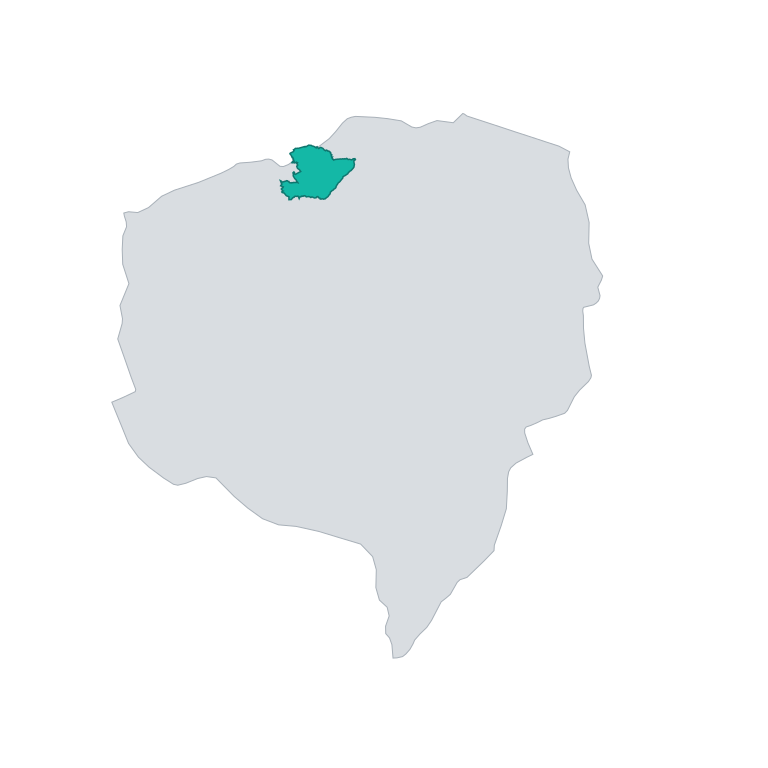 Mutare, Manicaland, Zimbabwe shown in context, rotated 248°
{"feature_id": "62879985B35185654442710", "entity_name": "Mutare", "entity_type": "district", "adm_level": 2, "iso_a3": "ZWE", "parent_name": "Zimbabwe", "parent_adm1": "Manicaland", "projection": "robinson", "projection_center": [32.311, -19.249], "detail": "fine", "context": "in_parent", "style": "filled", "palette": "teal", "viewbox_px": 768, "rotation_deg": 248, "n_neighbors": 0, "source": "geoboundaries", "source_scale": "gbopen_adm2", "svg_char_len": 7697}
<svg xmlns="http://www.w3.org/2000/svg" viewBox="0 0 768 768"><g transform="rotate(248 384 384)"><path d="M529.7,643.2L523.6,638.8L515.4,636.0L505.0,634.7L491.5,635.2L474.8,637.6L456.9,634.7L437.8,626.5L421.9,623.6L403.0,627.1L402.2,627.2L398.9,624.5L393.7,618.5L385.0,617.4L382.7,616.0L380.7,613.8L379.5,610.9L378.9,607.8L380.3,597.9L379.5,596.8L377.2,595.6L372.5,594.4L361.1,589.9L346.7,585.6L323.5,580.9L314.4,579.6L312.3,578.2L309.7,574.5L305.1,563.2L300.9,555.7L290.8,544.2L289.2,540.6L289.6,531.4L290.3,524.0L291.3,517.7L290.8,511.9L290.6,504.6L290.9,499.7L289.5,497.5L285.9,496.1L275.5,495.4L263.0,495.7L262.5,488.3L261.2,476.8L258.8,470.1L255.9,466.7L250.2,463.1L238.5,458.2L222.5,450.7L208.9,439.7L193.2,425.9L188.3,423.6L182.5,410.6L173.6,388.5L174.1,381.2L172.7,377.6L164.1,366.7L162.2,361.1L160.6,355.4L147.0,339.5L142.3,332.5L138.7,323.6L135.1,316.5L132.2,313.6L128.3,308.7L125.5,303.2L124.3,299.1L125.2,293.5L126.5,289.7L139.4,293.7L146.5,294.0L151.9,292.1L158.8,294.7L167.0,301.9L175.8,303.3L185.4,298.8L198.3,300.2L214.7,307.3L228.2,308.8L244.3,302.4L258.5,284.7L271.9,268.1L285.0,249.0L292.9,233.5L304.6,220.9L320.0,211.2L335.8,203.0L359.9,193.0L364.7,184.7L366.2,175.7L366.2,163.1L367.4,154.9L369.9,151.2L373.9,148.4L379.1,144.6L394.9,135.0L408.2,128.9L424.5,124.9L442.2,124.9L459.4,124.8L469.1,124.8L469.3,136.9L470.1,150.5L472.0,151.8L484.9,152.1L505.5,153.1L525.5,154.0L538.2,163.9L542.5,166.0L555.7,168.6L572.6,185.1L592.9,186.6L606.9,191.7L619.2,197.4L626.2,204.2L630.8,205.7L637.0,206.2L640.0,206.8L639.4,211.7L635.2,219.9L635.8,231.8L641.4,248.2L642.2,262.4L640.4,287.6L640.5,311.9L641.1,320.6L642.0,326.4L643.2,329.5L642.9,333.2L639.6,343.4L636.8,354.1L636.7,358.4L635.7,361.4L633.7,364.1L624.8,369.1L623.3,372.2L623.3,377.7L624.5,382.4L627.8,384.1L631.8,386.8L633.3,390.3L633.3,394.0L632.1,400.8L628.5,412.1L632.0,425.1L636.0,433.5L641.5,443.3L643.7,449.3L643.6,453.6L642.8,457.8L634.6,475.6L628.7,486.7L621.5,498.6L611.9,506.0L609.5,509.6L608.5,513.7L608.8,522.5L608.4,531.8L600.3,546.1L605.3,558.4L604.2,559.6L601.4,561.3L589.7,575.2L577.9,589.2L569.2,599.4L559.4,611.1L548.4,624.1L539.0,635.3L529.7,643.2Z" fill="#d9dde1" stroke="#a8b0b8" stroke-width="1"/><path d="M602.7,441.5L603.4,441.3L603.6,441.3L603.8,441.4L604.2,440.4L604.2,440.0L604.4,439.7L604.2,439.4L604.0,439.2L603.9,438.9L604.0,438.7L604.0,438.2L604.0,437.8L604.4,437.4L605.0,436.5L605.4,436.0L605.5,435.0L605.6,434.8L605.8,434.7L607.0,434.1L607.2,433.9L607.2,433.4L607.0,433.1L607.1,432.9L607.2,432.4L607.4,432.0L607.6,431.8L607.7,431.7L607.6,431.3L607.7,431.0L607.8,430.8L608.2,430.3L608.3,430.1L608.4,428.9L608.5,428.7L608.9,428.3L609.0,427.6L609.3,426.9L609.5,425.9L609.6,425.7L609.8,425.5L609.9,424.6L610.0,424.5L610.4,423.2L610.5,421.6L611.0,421.2L610.9,421.1L611.3,421.0L611.6,421.0L611.8,420.9L611.8,420.6L612.1,420.6L612.5,420.5L613.3,420.4L613.4,420.6L613.5,420.7L613.4,420.9L613.5,421.0L613.7,420.9L613.8,421.1L613.9,420.9L614.1,420.8L614.1,420.6L614.3,420.5L614.5,420.6L615.1,420.6L615.4,420.6L615.5,420.8L615.8,420.9L615.8,421.0L615.9,421.3L616.0,421.2L616.8,421.2L617.3,420.8L617.7,420.8L618.2,420.9L618.5,421.1L618.6,420.9L619.4,420.9L619.6,420.7L620.1,420.5L620.3,420.2L620.6,420.1L620.6,419.9L620.7,419.7L620.8,419.6L620.9,419.2L621.1,419.1L621.3,419.1L621.5,419.1L622.1,418.6L622.1,418.4L622.3,418.3L622.2,418.1L622.2,417.9L622.3,417.8L622.2,417.4L622.3,417.4L622.5,417.3L622.6,417.2L622.6,416.8L622.7,416.7L623.2,416.3L625.2,415.7L626.7,414.4L626.9,414.1L627.1,413.9L627.1,413.7L627.1,413.2L627.0,412.9L627.0,412.3L627.0,412.1L626.8,412.0L626.8,411.6L628.5,410.9L629.0,410.8L628.7,409.8L628.4,409.5L629.0,409.3L629.4,408.8L630.7,407.9L631.5,406.6L632.4,406.1L633.7,403.6L633.2,400.9L633.6,400.4L633.4,399.5L633.9,399.3L634.6,392.8L635.0,392.1L635.2,391.1L635.7,390.1L635.1,388.8L635.1,387.8L634.6,387.8L634.2,388.1L633.4,387.0L633.2,384.1L633.1,383.4L632.7,383.0L630.4,383.7L629.9,383.6L628.4,383.7L628.4,384.2L626.7,384.3L626.6,384.1L624.5,384.1L624.3,382.3L623.7,381.5L623.2,382.4L623.3,384.0L623.2,384.0L622.6,383.7L622.5,383.8L622.4,385.3L622.5,385.6L622.6,385.8L621.6,386.7L621.2,385.8L620.8,386.1L620.0,386.1L619.6,386.0L619.5,385.8L619.6,385.6L619.1,385.3L618.9,385.5L618.4,384.6L616.3,384.6L614.3,385.9L612.2,386.4L611.9,383.1L611.5,380.2L611.9,379.9L612.2,379.8L612.5,379.9L613.4,380.2L613.7,380.2L614.2,380.0L614.4,379.9L613.9,378.7L612.1,378.4L611.3,377.9L610.3,377.8L610.1,377.9L607.8,378.2L606.6,378.9L604.6,379.1L603.1,379.6L602.9,379.6L603.1,379.4L603.4,379.2L603.5,379.0L603.6,378.4L604.0,378.0L603.9,377.5L604.3,376.9L604.5,375.8L604.6,375.7L604.8,375.6L604.8,374.7L605.0,374.3L605.2,374.1L605.1,373.6L605.3,373.3L605.5,372.9L605.7,372.3L606.1,371.9L606.8,371.6L607.1,371.7L607.3,371.7L607.3,371.4L607.8,371.1L608.0,370.8L608.4,370.7L608.6,370.6L608.7,370.2L608.8,370.1L609.0,369.9L609.0,369.5L609.0,369.3L608.8,368.8L609.1,368.1L609.0,367.6L609.1,367.1L609.2,366.9L609.1,366.5L609.2,365.5L611.0,364.5L611.4,364.1L609.9,364.1L607.8,364.0L607.6,364.2L606.9,363.0L606.9,362.9L606.5,362.4L604.6,364.4L604.3,363.9L604.1,363.9L604.2,363.6L603.9,363.6L603.7,363.2L603.7,362.8L603.5,362.6L603.4,362.2L603.1,362.1L603.1,361.9L602.4,362.2L601.3,362.2L600.7,362.8L600.4,361.2L599.7,361.3L598.4,363.0L595.3,363.9L594.8,364.3L593.3,366.0L590.5,364.9L589.7,367.2L589.8,367.4L590.2,367.8L590.2,368.0L590.3,368.2L590.6,368.7L590.9,369.1L590.8,369.8L590.8,370.0L590.9,370.3L591.1,370.6L591.0,370.8L591.3,370.9L591.4,371.1L591.4,371.4L591.3,371.6L591.4,371.8L591.4,372.0L591.2,372.4L591.0,372.7L590.8,373.1L590.6,373.5L590.5,373.9L590.6,374.3L590.2,374.8L587.7,374.8L587.8,374.9L588.1,375.1L588.5,375.7L588.7,375.9L588.9,375.9L588.8,376.1L589.0,376.3L589.0,376.5L588.9,377.0L589.1,377.6L589.1,377.8L588.9,377.9L589.0,378.0L588.9,378.2L588.8,378.3L588.7,378.6L588.4,379.1L588.3,379.4L588.4,379.8L588.6,379.8L588.5,380.4L588.4,380.8L588.3,381.0L588.0,381.0L587.9,381.1L587.7,381.6L587.3,381.8L587.1,381.8L586.9,381.9L586.6,382.0L586.5,382.4L586.6,382.5L586.3,383.4L586.1,383.9L586.1,384.3L586.0,384.5L585.7,384.8L585.6,385.1L585.2,385.4L584.9,385.7L584.5,385.8L584.4,385.9L584.3,386.0L584.3,386.3L584.5,387.2L584.1,387.8L583.9,387.9L583.6,388.2L582.6,389.1L582.3,390.1L582.3,390.4L582.1,390.7L582.1,390.8L582.3,391.0L582.5,391.4L582.5,391.7L582.7,391.8L582.8,392.0L582.7,392.3L582.7,392.6L582.5,393.0L582.4,393.0L582.2,392.9L581.6,393.2L581.3,393.1L581.1,393.2L580.7,393.7L580.6,393.8L580.2,394.3L579.6,394.1L579.4,394.1L579.3,394.3L579.2,394.6L579.1,395.1L578.9,395.3L578.9,395.5L578.8,396.0L578.7,396.5L578.0,397.2L578.0,397.4L578.0,397.7L577.9,398.3L577.7,398.6L577.7,398.8L577.8,399.0L578.0,399.4L578.2,400.3L578.4,400.7L578.5,401.2L578.6,401.9L579.0,402.6L579.1,402.9L579.8,403.6L580.0,404.6L580.4,405.0L580.7,405.4L581.1,405.6L581.6,406.0L582.0,406.2L582.3,407.4L582.3,407.5L582.5,407.7L582.6,407.8L582.7,408.1L582.8,408.5L582.8,408.8L582.9,409.8L583.0,409.9L583.4,410.4L583.5,410.7L583.5,411.4L583.6,411.8L583.8,412.3L584.0,412.7L584.1,413.0L585.1,413.5L585.4,414.1L585.8,414.4L586.1,414.6L586.2,414.9L586.3,415.3L586.5,415.6L587.2,416.3L587.4,416.6L587.5,416.9L587.8,417.5L587.8,417.9L588.3,419.2L588.9,420.1L589.1,420.6L589.4,421.0L589.7,421.5L589.9,422.1L590.1,422.5L590.4,422.9L591.5,423.6L591.7,424.5L591.8,425.0L591.8,425.9L591.9,426.3L592.0,427.0L592.3,427.8L592.4,429.0L592.6,429.3L592.9,429.6L593.4,430.3L593.4,430.5L593.7,431.0L593.8,431.5L594.0,432.0L594.2,432.4L594.2,433.1L594.3,433.6L594.5,433.9L594.8,434.6L594.9,434.8L595.8,436.5L596.3,437.3L596.7,437.6L597.7,438.1L598.0,438.4L598.2,438.5L598.4,438.7L599.0,438.9L600.2,439.0L601.0,439.3L602.1,439.6L602.3,439.8L602.5,440.2L602.5,440.9L602.7,441.5Z" fill="#14b8a6" stroke="#0f766e" stroke-width="1.5"/></g></svg>